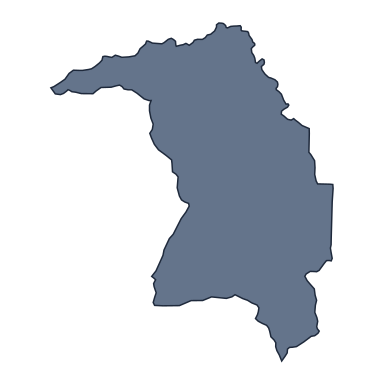 the district of San Bautista, Canelones, Uruguay
{"feature_id": "84410073B38212099909840", "entity_name": "San Bautista", "entity_type": "district", "adm_level": 2, "iso_a3": "URY", "parent_name": "Uruguay", "parent_adm1": "Canelones", "projection": "mercator", "projection_center": [-55.97, -34.418], "detail": "fine", "context": "isolated", "style": "filled", "palette": "slate", "viewbox_px": 384, "rotation_deg": 0, "n_neighbors": 0, "source": "geoboundaries", "source_scale": "gbopen_adm2", "svg_char_len": 3150}
<svg xmlns="http://www.w3.org/2000/svg" viewBox="0 0 384 384"><path d="M309.2,128.6L302.0,125.5L298.4,122.4L295.2,120.0L293.7,118.6L291.2,120.1L287.6,119.3L284.0,116.1L281.3,114.2L281.5,111.2L284.1,109.1L287.5,107.2L288.8,105.1L288.0,103.9L286.0,104.1L283.7,100.2L281.4,94.2L278.9,91.6L276.3,89.7L276.1,88.3L277.5,86.7L277.9,84.3L277.4,82.0L274.9,79.7L270.9,78.0L268.6,77.4L265.1,74.2L263.4,71.9L261.8,69.5L261.4,66.5L264.0,64.2L264.4,62.3L264.0,59.9L262.1,58.9L259.1,61.3L257.0,63.3L255.5,62.5L254.8,58.2L253.7,55.4L251.8,52.6L251.3,48.6L252.7,47.0L254.7,45.3L254.8,44.0L254.0,42.9L252.8,42.1L252.0,39.5L249.1,35.5L248.5,32.8L247.7,31.6L245.8,31.3L243.6,31.1L241.7,30.8L241.1,30.0L241.2,27.1L240.2,25.7L236.9,26.0L233.9,26.1L230.7,26.4L227.5,27.9L226.2,27.5L225.6,25.5L223.5,23.6L221.9,23.2L218.8,23.0L216.5,24.8L216.5,27.1L214.6,31.0L210.6,34.3L207.3,35.0L205.3,37.6L202.4,39.4L197.5,39.3L194.4,40.2L193.0,42.5L189.2,45.3L187.1,44.0L185.9,43.4L183.1,44.7L180.3,45.2L176.3,46.3L175.8,44.9L175.5,41.3L173.6,39.6L171.3,38.3L168.3,39.3L164.0,42.7L161.9,43.8L152.4,43.1L150.0,41.9L148.1,41.1L146.6,41.1L145.5,44.0L143.3,46.0L140.1,48.7L137.9,53.1L135.0,55.8L128.7,56.9L121.8,57.3L118.5,56.1L115.3,55.2L111.9,57.4L109.1,56.9L106.9,56.4L104.8,56.2L102.9,56.6L102.4,58.4L102.0,60.2L99.5,62.9L94.9,66.6L91.5,68.8L88.5,69.5L85.9,69.9L82.6,70.4L79.1,70.4L73.4,70.2L69.1,73.4L65.0,79.2L60.3,82.5L53.9,86.6L50.9,87.8L55.3,93.9L60.4,94.6L63.6,93.4L66.6,91.1L68.0,89.7L70.0,90.5L71.8,91.7L75.7,92.2L81.4,93.6L93.0,93.7L96.2,90.9L101.0,87.5L111.2,87.2L116.3,85.8L119.6,85.1L122.1,86.6L124.0,89.0L128.1,89.8L131.7,89.8L137.0,93.2L144.1,98.9L149.2,100.6L151.1,100.5L149.5,105.1L149.5,110.8L150.9,118.1L153.2,124.1L152.3,129.5L149.8,133.3L151.4,137.8L154.4,144.4L158.5,149.8L165.7,155.1L171.6,159.9L172.0,163.4L172.5,171.8L176.0,174.2L178.1,176.9L177.2,187.8L179.4,196.0L181.5,199.9L184.8,202.0L188.6,203.4L189.2,206.1L186.0,212.0L181.2,218.6L173.2,234.3L169.4,238.5L164.0,250.0L163.0,255.3L159.3,263.6L156.0,270.9L151.7,276.4L154.1,278.3L155.6,279.8L154.9,281.0L153.6,283.6L154.1,286.6L156.2,292.8L154.7,297.2L153.2,302.5L154.6,305.4L162.9,305.8L179.4,305.6L191.1,300.6L202.7,300.5L211.5,296.9L226.4,298.4L232.0,296.8L235.0,294.7L242.8,298.6L247.6,300.3L251.8,302.9L257.0,305.0L258.9,307.8L258.3,311.8L257.5,314.6L255.5,318.6L258.2,321.2L262.3,323.4L266.6,325.3L268.6,327.9L269.6,330.9L270.3,333.9L270.9,336.8L274.1,340.0L275.8,342.8L275.7,346.7L276.9,350.6L279.3,355.0L281.7,361.0L285.1,356.2L287.2,352.9L287.5,349.1L289.5,347.4L292.6,347.2L296.5,346.6L303.8,341.9L311.2,336.3L314.7,335.7L316.7,334.3L318.2,333.0L319.2,331.1L317.4,328.9L316.7,326.7L317.7,321.3L316.9,317.6L314.8,312.4L315.4,305.1L316.6,300.3L315.1,295.1L314.3,288.9L309.3,283.2L307.1,280.6L305.5,277.5L304.8,276.3L306.2,273.9L310.2,271.4L313.8,271.5L316.7,271.7L319.1,270.4L324.3,263.3L326.5,260.6L329.2,260.5L331.2,260.9L332.2,258.4L331.1,252.4L330.4,248.1L331.1,244.8L331.2,238.9L332.2,201.9L333.1,188.5L332.8,184.5L330.1,184.2L317.6,183.9L316.1,180.8L314.7,174.5L315.0,167.8L314.6,160.7L310.9,154.7L308.9,152.3L309.3,133.5L309.2,128.6Z" fill="#64748b" stroke="#1e293b" stroke-width="1.5"/></svg>